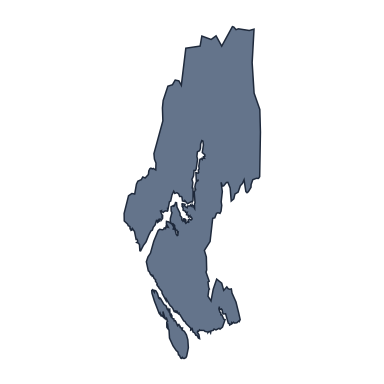 Vevelstad nor, Nordland, Norway (Equal Earth projection), rotated 272°
{"feature_id": "86288312B90944773523196", "entity_name": "Vevelstad nor", "entity_type": "district", "adm_level": 2, "iso_a3": "NOR", "parent_name": "Norway", "parent_adm1": "Nordland", "projection": "equal_earth", "projection_center": [12.558, 65.653], "detail": "fine", "context": "isolated", "style": "filled", "palette": "slate", "viewbox_px": 384, "rotation_deg": 272, "n_neighbors": 0, "source": "geoboundaries", "source_scale": "gbopen_adm2", "svg_char_len": 5987}
<svg xmlns="http://www.w3.org/2000/svg" viewBox="0 0 384 384"><g transform="rotate(272 192 192)"><path d="M160.7,125.3L157.6,128.8L156.1,129.4L155.4,131.1L153.1,131.4L153.2,132.0L151.5,132.4L151.9,133.4L153.3,133.8L150.5,135.9L142.6,137.8L142.8,138.7L141.7,139.3L140.3,139.4L139.6,138.5L139.1,140.0L137.7,141.3L130.9,142.0L132.9,142.3L131.8,142.9L137.1,145.4L140.5,147.8L147.7,150.4L151.6,152.3L152.5,153.7L155.4,154.5L157.8,156.3L162.4,157.5L162.2,158.2L160.4,158.7L161.3,159.8L162.6,159.6L162.2,160.4L163.7,160.2L163.8,161.1L163.0,161.1L163.1,162.4L163.6,162.5L163.1,162.5L164.6,163.5L165.7,163.5L165.1,163.1L165.9,162.9L168.5,163.3L168.0,163.0L168.4,162.6L171.9,161.1L172.3,162.1L171.7,162.0L170.6,164.0L171.7,165.0L172.2,166.3L172.0,168.1L172.6,168.5L174.5,168.2L174.3,168.7L181.5,169.8L182.2,171.0L188.3,172.1L192.1,173.7L190.0,174.8L190.8,176.9L189.7,178.7L187.1,179.8L187.2,181.3L186.6,182.1L182.7,182.8L182.3,185.0L183.1,185.2L180.1,187.9L182.5,191.9L182.1,192.5L183.6,193.3L191.7,193.1L195.9,192.8L196.1,192.1L201.4,192.5L204.7,191.5L208.2,193.0L213.6,193.3L213.8,194.8L215.4,195.4L225.0,196.4L227.6,195.6L232.4,196.0L233.5,198.1L235.8,198.9L240.3,198.9L243.8,200.0L243.3,201.1L239.4,201.8L231.8,200.9L229.7,203.5L228.1,203.6L227.7,202.3L226.1,203.3L226.2,201.4L225.1,201.1L225.8,200.7L224.7,200.1L225.3,200.1L225.2,199.1L224.3,198.6L218.1,197.9L215.4,198.4L214.2,197.5L211.7,198.0L211.0,197.5L211.1,196.3L211.8,196.0L211.3,196.0L211.5,195.2L203.7,195.9L204.1,197.6L203.6,197.7L202.3,195.9L200.0,195.1L197.2,194.7L195.0,195.4L195.2,194.9L193.5,195.0L192.1,194.2L181.3,195.4L180.1,194.9L175.6,195.2L177.0,194.3L178.2,194.4L178.5,193.0L179.3,192.6L177.6,192.4L178.9,191.1L178.1,191.0L177.8,188.0L176.1,187.7L177.1,185.8L178.2,185.1L179.4,185.5L180.0,182.7L179.6,182.3L177.5,183.5L177.4,182.6L175.5,183.7L173.5,183.7L172.4,186.2L171.5,186.3L171.3,187.4L170.8,187.4L171.1,187.8L169.1,187.3L168.7,189.1L167.0,189.4L168.3,190.8L166.8,191.1L167.0,192.0L165.5,193.0L164.6,192.8L163.9,191.9L164.9,190.6L163.8,189.1L161.9,189.9L161.6,189.5L162.3,188.9L161.6,188.2L162.0,186.5L159.8,187.3L162.2,185.8L163.7,187.0L164.9,185.7L164.9,184.6L163.0,185.1L162.4,184.0L163.7,183.7L163.7,182.8L166.2,182.6L168.0,181.0L170.5,180.7L176.4,177.5L180.8,176.9L180.9,175.9L177.6,175.0L177.2,174.2L177.9,174.1L176.5,171.6L172.3,171.8L170.7,172.7L164.9,171.3L162.1,171.3L160.2,172.0L159.4,173.3L159.7,174.0L158.0,175.8L155.0,176.0L155.0,176.6L153.4,177.0L153.2,178.4L151.0,179.0L151.4,179.6L148.2,179.3L147.9,178.7L149.4,177.6L154.0,176.3L154.3,174.5L156.3,175.0L159.2,173.1L161.5,169.3L161.3,168.0L162.4,167.5L159.3,167.5L155.8,169.6L156.0,168.5L157.3,167.4L154.8,166.9L155.4,166.5L154.9,165.3L153.8,165.1L153.2,163.8L153.6,161.0L152.2,159.5L141.4,155.5L129.4,152.6L125.7,150.3L120.7,148.8L111.6,151.1L111.1,152.0L107.8,153.6L107.9,154.5L106.5,155.1L107.1,155.8L104.3,157.1L103.0,158.7L101.8,158.5L99.0,160.5L97.7,160.5L98.8,159.9L97.5,160.4L96.1,161.6L96.8,161.7L95.1,162.2L91.8,165.3L89.6,165.7L82.5,169.9L84.1,170.0L77.3,174.4L77.0,175.3L74.9,176.9L71.9,178.3L71.0,180.8L72.5,179.9L72.3,181.3L70.6,182.0L70.1,182.5L70.4,183.1L69.6,183.0L69.1,184.2L62.8,188.3L62.3,189.5L60.2,190.8L55.8,195.6L53.9,195.5L54.2,196.1L55.6,196.2L55.7,196.9L52.1,197.9L51.4,199.5L49.0,200.8L49.0,201.9L46.2,203.5L45.7,204.7L49.9,203.8L51.7,202.3L53.0,202.5L52.9,203.4L54.5,204.3L54.0,204.9L54.1,208.7L53.1,209.9L52.6,212.9L52.1,212.9L53.1,213.7L53.2,214.7L51.8,215.5L53.8,215.8L54.5,218.1L55.8,218.8L55.0,220.8L56.7,223.8L55.9,224.8L58.1,227.2L65.6,229.5L65.8,228.3L70.5,226.0L70.3,225.2L72.5,224.9L72.8,224.1L76.2,222.9L78.5,223.4L77.1,223.2L75.7,224.0L76.1,225.2L75.6,225.2L75.6,226.1L71.8,227.1L71.2,227.9L71.5,229.8L62.0,232.9L61.5,234.2L60.4,234.3L61.4,236.1L62.9,236.3L62.2,237.1L63.3,238.1L62.5,239.0L62.9,241.4L64.9,243.5L64.4,243.8L66.1,244.6L72.3,243.0L83.6,239.8L92.4,235.5L96.5,234.7L96.1,233.0L96.6,231.5L98.4,230.1L94.8,227.1L101.9,224.9L105.8,219.7L95.6,216.6L83.8,214.8L88.4,211.6L94.8,212.2L95.6,212.8L97.1,212.0L102.6,211.1L103.4,212.3L112.4,208.8L114.6,209.4L127.6,208.6L134.0,206.4L143.2,211.8L166.4,213.6L167.0,215.7L171.5,217.2L172.2,218.7L171.6,220.7L173.9,221.7L179.6,222.2L183.3,221.5L193.5,222.3L202.7,220.7L198.9,222.1L199.2,223.4L202.7,226.1L202.9,227.5L197.3,230.0L184.3,231.5L186.6,234.0L191.5,235.0L193.5,238.1L200.0,240.1L202.3,242.1L206.0,243.6L194.3,245.8L193.2,247.0L194.3,248.3L198.7,250.8L201.5,250.8L206.4,252.3L207.9,255.8L207.9,258.0L209.7,259.1L254.3,258.3L276.8,256.9L293.0,250.6L323.4,247.6L356.9,248.3L355.4,243.6L356.7,232.7L355.8,230.3L358.3,228.0L358.7,226.6L338.8,216.6L348.9,210.6L345.1,205.8L348.2,196.4L338.1,195.0L335.5,180.8L298.2,177.6L302.6,175.0L303.3,171.3L298.5,168.7L296.9,164.2L282.5,160.0L275.0,159.5L262.1,160.4L229.0,152.6L223.6,153.3L219.6,155.0L212.8,155.0L214.2,152.4L213.7,151.5L214.4,150.1L213.8,149.1L211.6,148.1L208.0,147.8L204.4,144.7L205.3,142.3L202.6,140.9L200.9,137.5L197.9,136.2L188.0,134.8L188.4,131.9L186.0,128.7L168.2,124.9L160.7,125.3ZM92.2,155.2L89.5,155.5L81.8,158.2L69.6,163.4L68.8,164.1L69.7,164.4L67.1,165.4L67.3,166.3L66.3,166.6L67.1,166.5L65.9,167.8L71.6,167.1L64.2,169.7L64.1,170.2L65.4,170.4L64.3,170.7L64.8,171.0L61.9,172.1L61.1,171.3L55.9,171.6L55.4,172.0L59.9,172.1L54.9,172.9L52.9,173.9L45.2,174.6L37.6,178.4L33.1,181.7L31.6,183.5L28.7,184.2L28.4,185.1L25.6,186.6L25.3,187.2L26.4,188.1L25.4,188.9L25.4,190.2L26.3,191.7L27.8,192.4L36.2,193.8L44.1,193.0L49.1,191.4L52.5,189.2L53.7,187.0L55.6,187.2L55.2,186.4L56.4,186.3L55.8,186.2L56.1,185.0L57.5,184.8L58.0,183.7L59.8,183.6L58.4,183.3L58.7,182.6L58.0,182.2L62.0,180.3L62.8,179.7L62.6,178.7L64.6,178.3L64.7,177.2L65.9,176.2L66.8,176.3L66.4,175.6L68.5,174.4L68.9,174.5L68.3,175.8L69.2,175.6L69.4,174.6L71.3,173.3L71.8,173.4L71.5,174.1L74.1,173.8L72.9,172.5L74.1,172.2L73.5,171.8L73.8,171.4L77.2,170.2L78.7,167.9L84.7,164.1L85.1,163.3L84.3,163.0L85.0,162.4L89.4,161.0L92.1,159.2L92.4,157.7L90.7,157.7L93.0,156.1L92.2,155.2Z" fill="#64748b" stroke="#1e293b" stroke-width="1.5"/></g></svg>